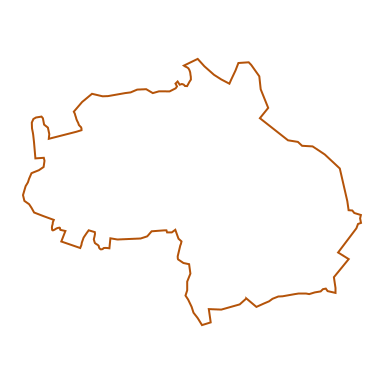 outline of Bagwai, Kano, Nigeria
{"feature_id": "59680162B58679994750141", "entity_name": "Bagwai", "entity_type": "district", "adm_level": 2, "iso_a3": "NGA", "parent_name": "Nigeria", "parent_adm1": "Kano", "projection": "mercator", "projection_center": [8.095, 12.101], "detail": "fine", "context": "isolated", "style": "outline", "palette": "amber", "viewbox_px": 384, "rotation_deg": 0, "n_neighbors": 0, "source": "geoboundaries", "source_scale": "gbopen_adm2", "svg_char_len": 2474}
<svg xmlns="http://www.w3.org/2000/svg" viewBox="0 0 384 384"><path d="M210.7,322.3L208.8,309.1L221.3,309.6L239.7,304.4L246.3,298.5L246.3,298.4L256.4,306.9L263.7,303.6L269.1,301.3L272.5,298.8L278.3,296.5L282.5,296.3L294.9,294.1L298.8,293.5L305.9,293.5L309.2,294.1L314.8,292.4L320.7,291.4L322.9,289.2L325.8,288.6L327.6,291.1L335.5,292.9L335.5,288.0L333.9,277.2L348.7,259.1L338.1,252.5L356.4,228.3L358.0,224.0L361.0,222.9L360.1,218.4L360.9,215.0L354.3,213.0L352.3,210.5L348.6,210.2L347.3,201.1L339.8,168.5L324.8,154.5L312.6,146.4L302.1,145.8L297.9,141.9L288.0,140.3L259.9,118.2L268.2,107.9L260.7,89.3L259.3,76.3L251.2,64.9L248.7,62.3L238.4,63.0L235.5,70.5L231.1,79.8L229.4,83.7L221.2,79.4L214.0,74.8L204.4,66.3L197.7,58.9L183.9,65.6L185.2,66.5L186.8,67.2L188.4,68.3L189.5,70.3L190.2,72.5L190.5,75.0L190.8,76.7L190.9,79.6L189.5,81.7L187.1,86.1L185.0,86.0L183.7,84.6L181.9,84.0L179.7,84.7L177.6,81.5L175.5,83.6L177.0,86.4L175.7,88.3L169.6,91.4L159.1,91.3L152.8,93.1L146.2,89.2L137.2,89.6L130.6,92.4L125.1,93.1L108.0,96.1L102.6,96.3L92.0,93.8L82.1,102.0L73.8,111.7L74.8,113.6L75.4,115.8L75.9,117.2L76.4,119.1L77.1,120.8L78.1,122.7L78.9,125.0L80.0,126.2L81.1,127.3L81.5,128.7L81.5,130.2L76.2,131.8L48.8,138.8L49.0,136.6L49.3,134.2L47.9,127.6L44.1,124.6L42.9,118.3L41.5,116.6L36.0,117.5L33.4,119.0L31.8,122.6L32.0,128.3L32.9,132.9L33.2,134.9L34.0,142.1L35.4,158.4L43.8,157.8L44.5,160.8L43.6,167.0L38.9,170.2L33.4,172.4L31.5,173.2L29.1,178.7L27.9,182.4L25.6,186.2L23.0,195.1L24.4,200.9L29.1,204.2L31.6,208.0L34.1,212.5L43.4,216.1L53.8,219.9L52.8,222.4L52.7,224.0L52.1,226.0L51.9,227.5L52.1,229.6L52.3,230.1L52.9,230.4L53.9,230.0L54.7,229.6L55.9,228.8L57.3,228.1L58.2,227.9L59.2,227.7L59.6,227.7L60.0,228.1L60.1,228.7L60.2,229.6L60.5,229.9L61.0,230.0L65.4,231.0L61.3,241.5L80.2,248.0L81.4,245.0L81.8,242.7L83.6,237.6L86.5,233.3L88.7,230.3L94.8,232.1L95.0,233.9L94.5,236.5L93.8,239.3L94.4,241.5L94.9,243.0L96.2,244.0L97.7,244.9L98.7,245.9L99.1,247.7L99.8,248.7L100.9,249.4L102.6,249.1L103.6,248.1L105.1,247.9L107.1,248.0L109.4,248.3L110.4,238.3L117.4,239.5L140.6,238.5L147.1,236.4L148.0,235.5L151.6,231.3L163.6,230.4L165.6,230.3L166.4,230.3L167.1,232.4L171.8,232.4L175.3,229.8L178.5,238.7L181.5,241.4L180.9,244.0L180.3,245.4L177.7,256.3L177.8,258.5L178.1,259.4L183.4,263.0L189.1,264.2L190.4,273.6L187.2,281.6L187.2,290.3L185.5,295.6L188.1,299.5L191.6,306.8L193.5,312.7L197.7,318.1L201.7,324.6L202.0,325.1L210.7,322.4L210.7,322.3Z" fill="none" stroke="#b45309" stroke-width="2"/></svg>